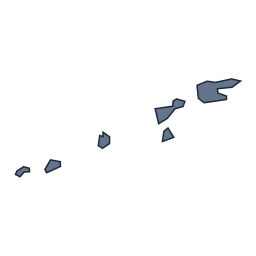 map outline of Vanuatu (Robinson projection), rotated 94°
{"feature_id": "VUT", "entity_name": "Vanuatu", "entity_type": "country or territory", "adm_level": 0, "iso_a3": "VUT", "parent_name": "Oceania", "parent_adm1": "", "projection": "robinson", "projection_center": [167.975, -16.976], "detail": "coarse", "context": "isolated", "style": "filled", "palette": "slate", "viewbox_px": 256, "rotation_deg": 94, "n_neighbors": 0, "source": "natural_earth", "source_scale": "50m", "svg_char_len": 732}
<svg xmlns="http://www.w3.org/2000/svg" viewBox="0 0 256 256"><g transform="rotate(94 128 128)"><path d="M80.1,27.1L82.6,41.5L86.9,40.7L89.3,32.0L92.7,31.8L97.5,53.9L93.4,59.9L80.6,62.1L75.8,52.3L76.4,43.8L71.8,28.1L73.3,19.0L80.1,27.1ZM105.5,82.3L115.7,89.5L121.6,97.7L106.9,102.3L103.1,84.9L98.1,84.9L95.6,81.6L97.4,73.1L102.6,74.5L105.5,82.3ZM178.3,206.1L175.1,208.0L165.2,203.1L166.3,193.2L171.1,192.7L178.3,206.1ZM144.8,145.3L150.0,152.0L147.7,156.4L137.4,155.7L138.4,152.4L133.9,152.6L138.2,145.7L144.8,145.3ZM139.1,92.8L128.7,91.9L125.2,88.1L134.1,81.7L139.1,92.8ZM184.2,232.3L182.2,237.0L178.8,235.9L173.9,229.5L175.0,223.7L178.4,223.1L179.3,228.7L184.2,232.3Z" fill="#64748b" stroke="#1e293b" stroke-width="1.5"/></g></svg>